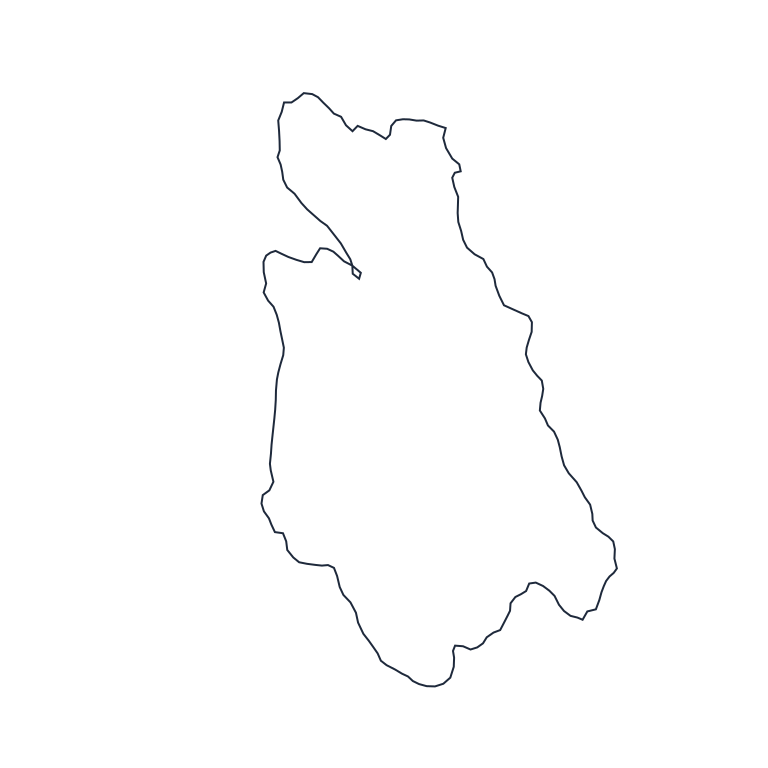 outline of Felício dos Santos, Minas Gerais, Brazil, rotated 157°
{"feature_id": "56859067B15462211788093", "entity_name": "Felício dos Santos", "entity_type": "district", "adm_level": 2, "iso_a3": "BRA", "parent_name": "Brazil", "parent_adm1": "Minas Gerais", "projection": "equal_earth", "projection_center": [-43.242, -18.147], "detail": "fine", "context": "isolated", "style": "outline", "palette": "slate", "viewbox_px": 768, "rotation_deg": 157, "n_neighbors": 0, "source": "geoboundaries", "source_scale": "gbopen_adm2", "svg_char_len": 2891}
<svg xmlns="http://www.w3.org/2000/svg" viewBox="0 0 768 768"><g transform="rotate(157 384 384)"><path d="M307.4,631.9L314.2,629.0L317.9,637.0L319.1,646.7L324.5,652.5L326.8,659.2L330.0,666.8L332.7,673.8L336.8,678.9L344.2,683.1L351.6,680.8L359.2,679.3L366.0,682.2L371.8,674.5L378.4,667.9L381.7,658.0L385.2,648.4L388.7,639.7L393.4,634.4L393.4,626.4L394.8,619.1L396.9,611.4L396.4,602.7L392.0,594.1L389.3,582.8L386.5,574.8L383.3,568.1L378.9,558.9L374.6,551.9L372.0,542.3L368.8,530.3L367.4,519.3L366.3,512.0L366.9,505.3L372.9,512.6L376.2,520.0L378.9,525.6L383.5,530.7L389.8,533.9L395.6,529.9L402.9,524.5L409.8,527.3L416.1,532.5L422.4,538.3L427.8,544.3L431.8,548.9L437.1,549.3L442.3,548.2L447.2,543.5L451.0,533.9L453.2,522.6L459.0,515.3L458.1,506.0L455.5,498.3L455.7,489.6L456.8,481.5L458.7,473.1L460.4,464.5L462.0,456.5L465.5,449.9L471.6,442.6L476.8,435.9L480.8,430.0L486.0,420.2L489.9,411.5L494.2,402.9L498.3,395.3L502.7,387.4L507.0,379.7L511.2,372.1L515.3,364.0L520.2,355.1L522.0,348.7L524.0,337.2L531.1,330.9L539.0,329.1L543.5,321.8L544.3,313.7L542.4,305.3L542.6,298.6L542.3,290.3L535.3,286.1L535.5,277.4L537.9,269.0L535.3,259.8L531.8,253.1L525.2,248.6L517.7,244.2L512.1,241.1L506.3,239.2L501.9,234.3L502.2,225.6L504.1,214.4L503.8,205.7L500.2,196.1L499.2,184.4L501.1,174.5L500.6,162.1L498.3,153.5L496.7,146.2L495.1,138.5L495.0,130.5L491.5,124.2L485.4,116.9L480.6,110.3L476.2,105.4L473.5,99.3L469.0,94.1L462.8,89.2L455.2,85.7L446.5,84.9L437.7,87.8L430.3,96.4L426.4,104.7L424.8,111.3L420.8,115.4L413.7,111.7L408.1,105.8L401.1,105.1L394.2,106.6L388.4,110.7L380.3,112.4L373.2,112.1L366.9,117.3L360.9,122.3L356.6,126.0L353.2,132.7L346.3,136.6L340.1,137.0L334.1,137.9L328.3,143.6L321.9,141.9L316.5,135.9L312.5,129.0L309.8,122.3L309.2,112.4L307.0,104.7L302.9,97.7L297.2,93.4L293.3,89.4L285.7,95.2L277.0,93.8L270.2,101.0L265.2,107.3L260.6,112.1L256.5,115.9L251.6,118.7L246.3,120.4L241.7,123.2L240.1,133.3L236.0,141.8L234.5,149.5L237.1,155.8L240.9,161.2L245.0,169.1L245.3,176.8L243.0,183.0L241.4,192.4L243.4,201.3L243.9,208.6L245.0,218.3L248.8,229.6L250.0,238.8L248.8,247.9L246.9,257.2L245.8,264.8L246.1,273.7L249.3,281.8L249.3,289.4L250.9,298.7L247.2,305.6L243.1,311.2L239.3,317.3L237.4,325.5L239.8,331.8L241.7,338.4L242.5,347.8L241.8,355.9L238.4,361.8L233.3,368.0L227.7,374.3L223.7,383.1L224.5,390.1L229.4,395.1L235.7,401.9L242.8,409.6L243.4,420.2L242.9,430.8L241.3,437.3L240.9,444.4L243.4,451.8L243.7,460.2L249.9,468.0L254.3,477.1L254.8,485.8L253.2,494.7L252.3,504.1L249.4,512.6L246.1,519.7L242.6,527.3L242.3,537.9L240.6,547.2L236.3,550.8L230.3,549.8L228.9,556.8L233.1,564.8L234.7,576.9L233.3,587.5L227.2,595.5L233.3,600.7L239.4,606.7L244.5,611.1L251.1,613.7L257.4,617.7L263.1,620.3L269.9,622.0L276.5,618.7L281.1,611.1L286.6,608.8L290.2,614.0L295.3,621.0L301.5,625.7L307.4,631.9ZM366.9,505.3L361.9,495.4L365.8,490.6L369.7,497.7L366.9,505.3Z" fill="none" stroke="#1e293b" stroke-width="2"/></g></svg>